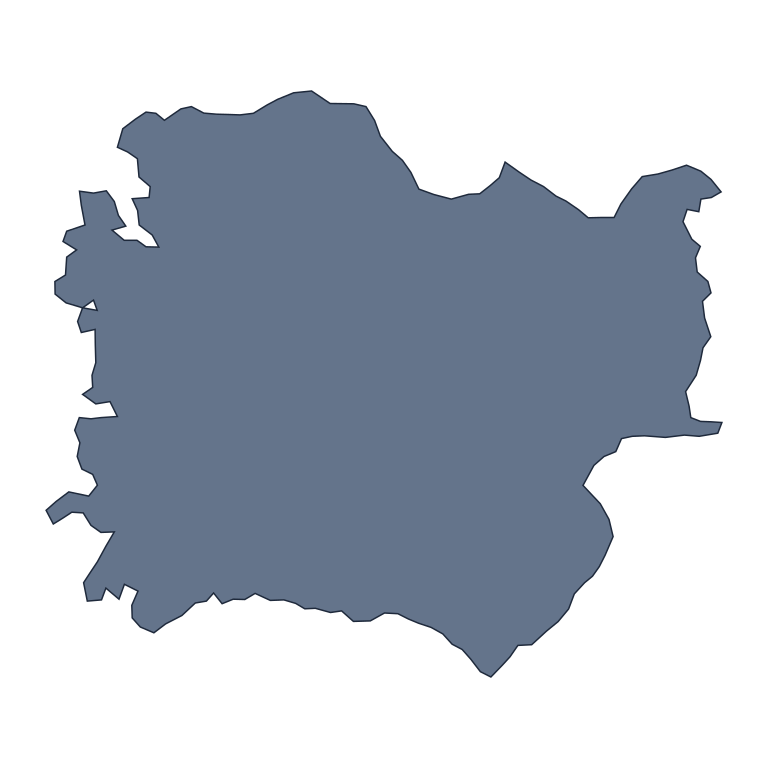 outline of Dois Irmãos das Missões, Rio Grande do Sul, Brazil
{"feature_id": "56859067B898462475096", "entity_name": "Dois Irmãos das Missões", "entity_type": "district", "adm_level": 2, "iso_a3": "BRA", "parent_name": "Brazil", "parent_adm1": "Rio Grande do Sul", "projection": "mercator", "projection_center": [-53.505, -27.678], "detail": "fine", "context": "isolated", "style": "filled", "palette": "slate", "viewbox_px": 768, "rotation_deg": 0, "n_neighbors": 0, "source": "geoboundaries", "source_scale": "gbopen_adm2", "svg_char_len": 2603}
<svg xmlns="http://www.w3.org/2000/svg" viewBox="0 0 768 768"><path d="M686.5,165.2L671.8,170.1L658.0,174.0L642.2,176.6L631.6,188.9L620.9,204.0L614.1,217.5L600.9,217.5L588.2,217.8L578.7,209.8L565.9,201.0L556.0,196.1L543.6,186.6L531.1,180.1L519.3,172.2L505.1,162.1L499.3,177.7L489.8,185.9L479.7,193.8L468.6,194.3L451.3,199.1L433.8,194.5L418.9,189.1L410.9,172.4L402.4,160.3L392.3,151.4L380.4,136.3L374.6,120.5L366.0,106.6L353.8,103.8L330.1,103.5L311.6,91.0L293.6,92.8L277.7,99.3L267.2,104.9L253.4,113.3L240.0,114.9L228.5,114.5L216.7,114.2L203.8,113.1L191.4,106.6L180.9,108.9L164.4,120.3L155.9,113.3L146.0,112.1L135.5,119.1L122.8,128.7L117.4,147.3L127.5,151.9L137.4,158.7L139.0,177.0L150.2,186.6L149.1,197.5L132.2,198.7L137.6,210.5L139.2,225.0L152.2,235.0L158.8,247.1L146.0,246.8L137.0,240.3L124.2,240.3L112.0,230.1L125.8,226.1L118.4,215.4L114.3,201.5L106.3,190.8L93.5,193.1L79.5,191.2L81.3,205.2L85.0,225.0L66.7,231.2L63.0,241.5L76.6,249.9L66.7,257.1L65.5,275.0L54.9,281.5L55.1,294.1L66.1,302.9L82.6,307.8L77.6,321.5L81.3,332.5L95.1,329.4L95.3,344.8L95.8,362.7L92.0,375.3L92.7,387.4L82.6,394.4L95.8,403.9L110.0,401.6L117.4,416.5L101.1,417.6L91.0,418.8L79.3,417.6L74.7,430.2L79.9,442.8L77.2,456.5L81.9,469.1L92.7,474.4L97.4,485.2L88.7,496.1L68.8,491.9L56.2,501.4L46.1,510.3L53.3,524.0L63.0,518.0L71.8,512.2L83.2,512.9L91.0,525.4L100.9,532.4L114.3,531.9L105.9,546.2L97.4,561.8L90.0,572.9L83.6,582.7L87.3,601.1L101.5,599.9L105.9,588.1L119.0,599.2L124.4,584.3L138.0,591.1L131.8,605.3L132.2,617.9L140.3,627.0L153.9,632.8L165.6,623.9L181.9,615.5L195.3,603.0L206.4,601.1L213.6,593.0L222.1,603.7L233.2,599.2L244.8,599.5L255.1,593.4L270.3,600.4L283.9,599.9L295.7,603.4L304.8,608.8L315.3,608.3L330.5,612.5L341.6,610.9L353.4,621.4L370.3,620.9L384.5,613.0L397.9,613.7L408.4,619.0L418.5,623.2L431.1,627.4L442.8,633.9L452.1,644.2L462.2,649.5L470.7,659.1L480.4,671.7L490.9,677.0L502.4,665.1L510.0,656.8L517.9,645.4L531.7,644.7L546.5,631.1L558.1,621.6L568.6,609.0L574.3,593.9L584.6,582.7L592.5,576.2L599.3,566.6L605.1,555.2L613.1,536.6L609.0,519.4L600.3,503.8L583.0,485.4L593.9,465.4L604.0,456.5L615.8,451.6L621.5,438.6L632.3,436.3L644.4,435.8L665.4,437.4L684.4,435.1L699.2,436.3L717.8,433.2L721.9,422.5L711.0,421.8L700.5,421.4L690.8,417.6L689.1,406.2L685.6,391.6L696.2,375.3L700.5,360.4L703.0,347.8L710.8,336.7L704.6,318.0L702.5,301.3L711.0,292.9L707.9,281.5L697.2,272.0L695.5,257.8L700.3,246.4L691.8,239.2L683.0,221.7L687.1,209.4L698.8,211.7L700.9,199.1L711.4,197.5L721.1,191.9L711.0,179.4L700.9,171.2L686.5,165.2ZM82.6,307.8L93.5,300.1L97.2,310.4L82.6,307.8Z" fill="#64748b" stroke="#1e293b" stroke-width="1.5"/></svg>